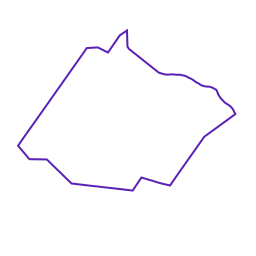 Rosario Vera Peñaloza, La Rioja, Argentina, rotated 304°
{"feature_id": "61730980B25026306557945", "entity_name": "Rosario Vera Peñaloza", "entity_type": "district", "adm_level": 2, "iso_a3": "ARG", "parent_name": "Argentina", "parent_adm1": "La Rioja", "projection": "orthographic", "projection_center": [-66.437, -31.455], "detail": "fine", "context": "isolated", "style": "outline", "palette": "violet", "viewbox_px": 256, "rotation_deg": 304, "n_neighbors": 0, "source": "geoboundaries", "source_scale": "gbopen_adm2", "svg_char_len": 1828}
<svg xmlns="http://www.w3.org/2000/svg" viewBox="0 0 256 256"><g transform="rotate(304 128 128)"><path d="M167.9,49.1L118.4,48.1L108.5,47.9L103.8,47.8L97.8,47.7L89.5,47.5L59.3,46.8L51.8,46.8L47.0,63.7L55.9,77.3L56.5,78.2L56.2,80.3L56.0,81.2L54.5,89.4L50.4,112.3L51.7,114.7L56.1,123.2L56.2,123.5L58.3,127.5L78.8,166.9L94.4,166.8L99.0,181.3L100.0,184.7L101.1,187.8L103.4,193.8L103.5,194.1L103.8,195.0L121.9,195.2L128.7,195.4L138.1,195.6L163.4,196.1L199.5,209.2L200.2,208.1L200.6,207.2L201.1,206.4L201.6,205.6L202.1,204.8L202.4,203.9L202.7,203.0L202.9,202.1L203.1,201.2L203.2,200.3L203.3,199.4L203.3,198.4L203.3,197.5L203.3,196.6L203.2,195.6L203.2,194.7L203.3,193.8L203.5,192.8L203.7,191.9L203.9,191.0L204.1,190.1L204.3,189.2L204.5,188.3L204.8,187.4L205.2,186.5L205.5,185.7L205.9,184.8L206.3,184.0L206.8,183.2L207.4,182.5L207.9,181.7L208.5,181.0L208.9,180.1L209.0,179.2L208.9,178.3L208.9,177.3L208.7,176.4L208.6,175.5L208.4,174.6L208.2,173.6L207.9,172.7L207.5,171.9L207.0,171.2L206.5,170.4L206.1,169.5L205.7,168.7L205.3,167.8L205.0,167.0L204.7,166.1L204.5,165.1L204.4,164.2L204.4,163.3L204.4,162.3L204.4,161.4L204.3,160.5L204.2,159.6L204.1,158.6L204.1,157.7L204.2,156.7L204.2,155.8L204.2,154.9L204.2,153.9L204.1,153.0L204.0,152.1L203.8,151.2L203.7,150.2L203.6,149.3L203.5,148.4L203.4,147.4L203.2,146.5L203.0,145.6L202.6,144.8L202.2,143.9L201.9,143.0L201.6,142.2L201.2,141.3L200.7,140.5L200.2,139.8L199.6,139.0L199.1,138.2L198.7,137.4L198.3,136.5L197.8,135.7L197.3,134.9L196.8,134.2L196.2,133.4L195.7,132.7L195.1,131.9L194.6,131.1L194.0,130.4L193.6,129.6L193.1,128.8L192.8,127.9L192.5,127.0L192.2,126.1L191.9,125.2L191.6,124.3L191.4,123.4L191.1,122.5L191.8,113.6L194.1,84.6L195.1,82.1L208.3,72.6L205.5,71.5L201.4,69.9L200.3,69.4L179.4,69.2L177.9,57.9L171.2,49.1L167.9,49.1Z" fill="none" stroke="#5b21b6" stroke-width="2"/></g></svg>